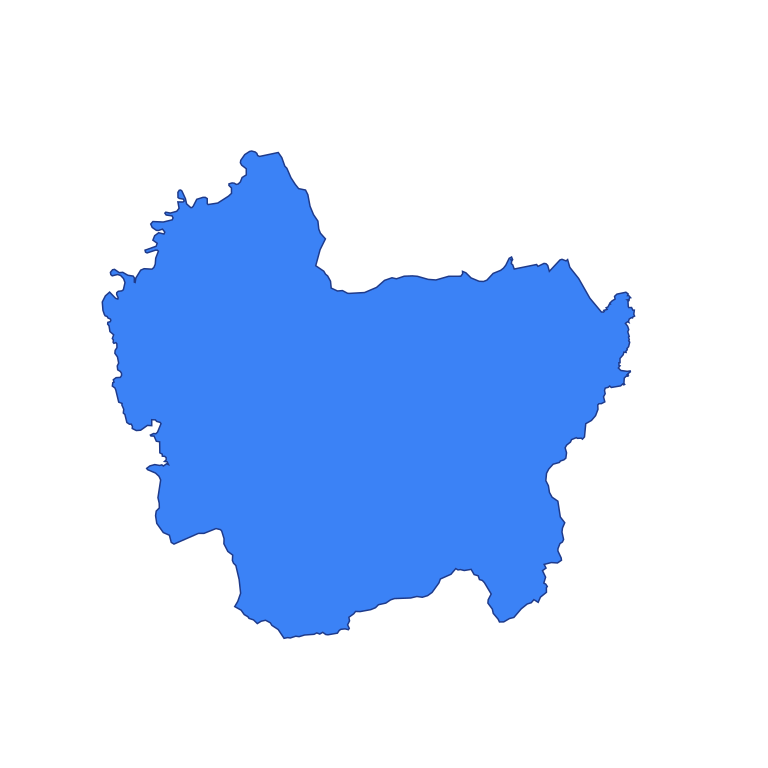 Ban Na San, Surat Thani, Thailand, rotated 70°
{"feature_id": "78962969B68387758575746", "entity_name": "Ban Na San", "entity_type": "district", "adm_level": 2, "iso_a3": "THA", "parent_name": "Thailand", "parent_adm1": "Surat Thani", "projection": "albers", "projection_center": [99.379, 8.833], "detail": "fine", "context": "isolated", "style": "filled", "palette": "blue", "viewbox_px": 768, "rotation_deg": 70, "n_neighbors": 0, "source": "geoboundaries", "source_scale": "gbopen_adm2", "svg_char_len": 6170}
<svg xmlns="http://www.w3.org/2000/svg" viewBox="0 0 768 768"><g transform="rotate(70 384 384)"><path d="M130.3,404.2L127.6,423.1L126.1,424.6L123.8,424.6L121.9,425.7L119.8,428.7L119.5,430.8L120.8,436.4L124.8,442.1L127.0,443.3L129.7,442.9L134.6,439.8L140.4,441.9L141.4,446.7L145.0,449.9L146.2,452.6L145.9,454.6L144.1,456.0L143.1,458.0L142.9,461.2L144.4,461.8L147.6,460.3L152.7,462.1L154.3,465.9L157.1,478.3L155.2,487.9L154.1,488.4L149.3,486.7L147.5,488.1L146.7,490.2L146.4,496.8L151.8,502.6L152.5,504.2L152.1,505.3L147.2,507.9L142.0,507.2L133.5,507.9L132.2,508.7L131.9,510.1L133.4,512.1L138.3,513.8L139.6,512.9L141.7,509.3L143.7,509.1L144.2,510.7L142.4,515.4L148.8,516.5L150.8,519.7L150.3,526.3L147.9,530.3L148.5,531.5L150.7,530.9L153.5,525.7L155.8,525.4L157.3,526.9L156.3,536.0L152.3,545.6L153.9,548.5L157.6,548.3L161.7,545.4L162.6,543.4L162.7,539.2L166.3,538.0L167.8,539.5L164.8,544.0L166.2,548.8L169.8,552.0L174.2,549.0L176.6,551.0L176.5,562.8L178.6,563.0L179.8,561.8L180.1,552.8L180.8,551.2L182.1,550.6L187.7,555.5L193.2,558.0L195.8,560.4L196.7,562.8L193.6,570.0L193.8,573.7L199.6,581.0L203.5,583.1L202.9,583.8L198.9,582.3L196.8,582.8L194.2,587.5L189.7,591.3L188.8,594.7L184.1,598.0L183.8,600.0L185.5,602.9L187.8,603.3L189.4,602.4L190.0,596.9L191.9,594.4L195.9,592.7L200.1,592.7L206.3,596.7L206.8,598.6L206.0,602.0L206.8,603.9L208.4,604.6L212.0,604.3L213.1,605.1L211.7,606.9L203.8,610.4L205.9,615.7L210.6,620.7L218.6,622.9L222.9,623.0L224.6,622.7L225.8,621.1L227.6,620.8L229.4,618.9L230.7,618.9L231.8,619.9L231.6,622.4L233.2,623.2L235.3,622.5L241.0,623.6L245.3,621.2L248.4,623.8L249.9,623.2L252.3,624.3L253.4,623.9L253.4,621.8L254.9,621.3L258.5,622.5L260.4,625.1L263.1,626.4L267.4,625.2L273.6,626.2L275.8,628.5L279.6,629.4L282.0,627.5L284.1,627.0L286.2,627.7L287.6,629.5L286.4,633.6L287.4,636.9L289.9,637.1L290.0,638.4L293.0,640.0L295.7,638.2L298.0,638.1L310.3,639.5L312.7,636.8L314.1,637.5L318.7,637.2L322.1,638.9L324.0,637.9L332.2,638.8L334.7,637.0L335.3,635.2L337.7,634.9L339.7,635.8L343.0,632.7L344.2,628.5L342.0,620.5L343.7,616.5L338.1,614.5L339.5,611.1L341.4,610.4L343.5,607.5L345.0,607.1L351.8,613.3L352.7,615.4L351.7,617.5L352.1,621.0L353.1,620.8L354.3,617.9L359.9,617.5L361.6,614.6L372.0,618.2L374.1,616.4L376.0,617.0L377.0,614.8L378.7,613.9L380.8,614.6L381.7,616.7L382.9,614.4L386.0,614.1L384.6,615.6L385.6,619.4L384.0,620.4L383.8,622.7L381.3,627.0L380.9,632.0L382.1,635.9L383.6,635.5L389.5,629.2L393.8,627.0L397.8,626.7L413.5,635.3L419.1,636.0L423.6,637.5L425.5,641.5L429.6,643.7L437.3,645.2L448.1,642.2L452.7,637.4L460.1,638.1L462.6,636.1L460.9,609.5L462.8,604.2L462.4,591.3L464.9,587.5L466.6,586.8L474.6,587.2L479.4,589.1L488.0,588.0L493.0,584.7L497.9,586.8L500.9,586.7L503.9,585.3L518.2,587.0L531.6,590.3L538.3,595.8L542.1,600.4L547.7,595.6L552.9,594.2L556.1,591.5L558.1,591.0L561.0,587.3L565.8,585.0L564.9,580.5L565.5,576.1L569.5,572.5L572.5,571.9L578.5,567.4L588.8,564.9L589.3,561.4L590.6,558.9L590.8,553.2L592.4,550.2L592.7,544.5L595.3,535.3L594.9,532.3L597.0,529.9L596.4,526.5L599.5,524.4L600.5,522.4L602.2,513.0L600.2,510.3L599.8,508.3L600.8,504.3L602.7,501.5L601.7,500.2L597.9,500.6L594.8,497.4L591.2,496.8L589.6,491.1L588.0,488.5L589.7,484.3L591.5,473.6L591.3,468.5L589.5,464.7L590.5,457.2L589.1,451.7L589.2,447.6L594.2,432.1L594.9,425.8L597.5,420.9L597.8,415.4L596.3,410.1L589.7,400.4L586.5,397.7L585.7,386.1L582.0,379.7L584.0,378.1L584.5,375.7L586.7,372.4L588.0,365.5L593.9,364.5L596.4,361.1L600.4,361.2L602.2,358.8L605.0,357.6L618.0,355.1L622.4,359.9L625.4,361.3L632.6,359.2L636.9,359.8L644.0,357.2L647.1,356.9L648.5,352.8L647.3,346.3L647.8,341.8L642.2,331.9L639.7,324.6L639.9,320.4L637.9,316.9L641.9,313.8L637.8,309.9L635.3,302.6L631.0,301.1L630.1,299.8L627.3,300.5L625.7,301.9L620.8,298.2L613.6,298.9L612.4,294.7L608.3,295.2L609.0,287.9L611.5,282.2L610.3,277.5L608.0,277.0L600.4,277.7L598.3,276.9L594.1,273.2L593.5,270.4L591.5,268.4L584.0,267.4L580.3,265.5L576.2,261.6L569.2,263.8L553.6,260.7L547.8,264.8L542.5,265.6L535.8,264.3L530.2,265.0L523.5,261.8L520.2,258.2L517.2,252.5L517.7,246.0L516.7,244.6L516.8,240.9L515.9,238.5L511.1,236.0L505.9,235.6L503.9,233.3L502.3,228.6L500.4,226.8L500.2,221.6L501.2,220.9L502.4,217.1L503.7,216.4L502.3,213.7L490.3,208.0L489.2,201.5L486.1,196.0L481.0,191.6L476.8,190.3L476.0,188.7L476.8,186.5L476.3,182.6L471.1,182.1L468.8,179.5L465.5,179.0L463.5,177.5L463.8,174.5L463.1,172.6L465.0,171.6L466.7,162.3L465.6,159.5L466.8,159.0L466.7,158.0L465.4,158.3L460.6,156.2L459.5,153.8L460.0,152.3L458.7,152.4L459.2,151.4L457.8,151.3L456.8,148.3L455.9,148.2L455.3,151.1L452.3,156.8L449.1,158.3L447.6,156.0L447.0,156.8L444.4,156.0L444.7,154.9L440.7,153.5L438.3,149.2L436.1,147.7L437.1,145.7L436.0,145.6L435.0,143.7L433.8,143.6L432.6,141.4L428.7,138.8L427.1,139.3L426.4,138.4L423.6,138.2L423.2,137.3L418.3,137.1L416.6,135.4L413.0,135.3L409.6,136.4L408.8,133.8L409.9,132.8L408.7,132.8L406.8,131.3L406.3,129.0L406.9,127.9L406.2,127.5L405.9,125.3L403.9,125.4L400.2,123.5L399.7,124.9L396.8,125.2L395.9,127.8L394.9,128.0L389.9,126.5L389.5,125.5L388.2,126.6L388.5,124.8L387.0,123.8L387.2,122.8L384.4,123.9L384.2,124.9L382.8,123.8L380.5,125.3L379.2,134.4L380.5,137.4L383.2,137.8L383.9,141.3L385.3,144.3L386.3,143.9L386.4,145.3L388.2,147.2L388.3,149.2L390.2,148.8L390.0,152.3L391.0,152.1L391.5,153.1L390.7,155.1L373.8,161.2L351.4,165.0L337.9,169.5L329.9,168.9L330.6,170.8L327.7,174.1L327.6,176.2L334.7,190.1L328.6,189.6L326.4,190.6L325.4,192.4L326.1,199.1L323.9,199.7L320.5,222.3L316.1,222.3L314.4,223.2L312.3,222.0L310.9,222.1L311.6,221.2L311.2,220.6L308.3,220.7L308.7,223.4L314.0,228.9L316.0,232.1L317.1,235.5L317.4,243.6L321.6,251.8L321.7,255.4L320.0,259.5L314.1,265.9L307.5,269.0L305.0,271.7L307.3,272.4L309.0,275.0L304.9,286.4L304.0,299.6L300.8,306.7L294.2,315.8L292.1,320.4L289.6,328.2L289.4,336.3L286.9,340.2L286.8,348.1L290.7,358.0L291.4,371.0L287.0,385.6L286.3,387.2L282.0,391.1L280.7,395.9L275.8,400.8L269.1,399.1L263.2,400.0L260.8,401.4L257.4,402.0L249.5,407.7L235.9,398.1L227.6,389.4L220.5,392.2L216.1,392.3L208.3,390.4L200.8,392.3L191.6,392.7L180.1,390.8L174.9,391.4L171.2,397.4L166.1,399.1L158.3,400.9L148.0,401.5L145.4,402.7L136.3,402.6L130.3,404.2Z" fill="#3b82f6" stroke="#1e3a8a" stroke-width="1.5"/></g></svg>